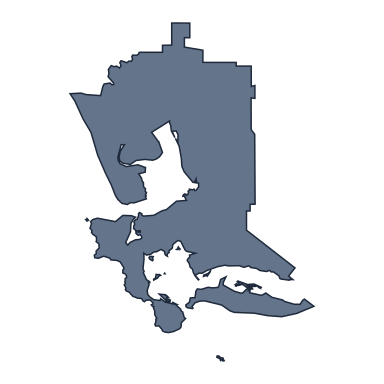 the district of Invercargill City, Southland, New Zealand
{"feature_id": "76426892B89444897674661", "entity_name": "Invercargill City", "entity_type": "district", "adm_level": 2, "iso_a3": "NZL", "parent_name": "New Zealand", "parent_adm1": "Southland", "projection": "mercator", "projection_center": [168.346, -46.488], "detail": "fine", "context": "isolated", "style": "filled", "palette": "slate", "viewbox_px": 384, "rotation_deg": 0, "n_neighbors": 0, "source": "geoboundaries", "source_scale": "gbopen_adm2", "svg_char_len": 6066}
<svg xmlns="http://www.w3.org/2000/svg" viewBox="0 0 384 384"><path d="M81.0,93.1L70.1,93.7L75.0,101.3L83.1,119.0L90.9,132.2L97.7,155.2L105.6,173.4L111.2,184.7L115.4,195.4L117.8,199.4L122.0,203.4L127.3,204.5L130.6,202.6L134.0,202.9L146.3,198.9L145.4,196.6L146.0,196.3L146.1,195.3L145.4,194.7L146.5,192.7L145.2,191.0L145.5,188.7L143.6,186.8L143.4,182.3L142.4,181.6L141.4,178.0L138.7,173.8L145.2,172.2L145.5,167.5L137.9,164.8L126.4,166.6L120.2,163.8L118.2,160.5L117.9,157.2L121.1,144.7L124.4,144.7L120.2,151.4L119.0,157.7L120.0,161.1L123.0,163.2L130.2,164.5L136.1,160.5L144.9,159.4L152.7,160.2L156.2,159.1L159.6,156.7L162.5,152.5L158.5,141.0L158.4,141.6L151.6,132.3L169.5,121.0L169.5,122.7L170.7,125.3L171.3,130.8L174.9,137.7L172.6,132.4L173.0,131.1L176.3,131.0L178.0,134.8L177.8,142.5L175.4,138.4L179.2,146.3L181.3,158.2L181.9,166.4L184.2,171.8L192.9,182.3L195.8,182.8L194.9,181.4L196.0,178.9L196.3,181.8L198.6,183.5L198.6,186.9L196.2,190.2L194.9,190.6L194.0,189.1L192.7,189.8L189.4,189.2L189.6,190.3L188.1,191.1L188.5,192.6L187.8,194.5L186.3,195.4L186.2,194.4L184.5,193.9L183.0,195.4L182.9,196.3L184.2,196.0L186.5,200.4L176.5,201.2L166.4,209.6L162.0,210.8L153.8,215.3L143.4,216.1L141.9,215.1L141.9,213.8L139.5,212.5L138.5,213.7L138.5,215.8L137.1,219.3L135.3,219.8L133.9,222.0L134.8,224.2L133.9,225.5L133.6,228.6L136.5,231.0L140.3,230.7L140.2,232.2L135.9,231.7L136.0,233.4L138.2,235.4L140.1,234.5L141.8,236.7L141.6,238.1L139.9,239.4L135.5,239.8L130.1,242.4L127.8,245.1L125.7,242.5L130.5,231.9L130.9,223.5L133.6,218.9L135.6,217.2L131.4,215.7L122.9,215.4L115.4,221.6L97.5,218.2L92.9,219.5L90.6,221.6L91.5,223.6L90.0,228.2L92.0,230.6L91.5,232.5L92.7,234.2L96.3,236.7L96.6,240.4L96.1,241.6L98.9,243.8L99.1,248.1L96.1,251.1L96.3,253.6L94.3,255.2L94.7,257.7L98.4,258.3L103.7,256.2L109.7,258.1L110.8,259.9L116.7,260.4L120.1,261.8L123.8,267.6L123.8,269.0L122.9,269.8L122.8,273.0L124.9,273.7L126.6,275.8L126.6,277.3L125.0,278.9L125.4,280.2L124.8,281.4L125.4,283.4L124.2,284.8L126.1,288.2L125.3,289.5L126.3,291.0L129.1,292.1L132.8,296.3L137.8,298.2L141.5,298.5L143.3,301.2L144.5,301.7L146.1,300.1L150.4,300.1L153.0,302.9L152.9,304.1L151.3,304.8L152.1,306.0L154.0,306.7L153.3,307.7L154.6,310.5L154.8,314.7L156.7,318.4L155.8,319.2L155.9,321.9L154.8,324.3L155.6,326.0L158.9,325.9L161.9,329.3L162.5,330.9L164.6,332.0L168.5,332.6L173.7,331.5L179.7,328.7L181.1,326.8L181.2,322.9L185.6,318.5L184.2,317.4L182.7,312.0L180.9,310.6L180.7,309.2L175.8,304.8L177.5,305.2L174.8,304.4L176.6,304.3L172.1,302.0L174.5,303.5L173.6,304.1L165.5,302.1L166.3,300.7L170.6,301.9L169.3,301.1L169.4,300.3L170.9,300.2L166.4,298.9L166.6,297.6L168.6,297.6L166.7,295.6L165.5,295.5L165.5,294.7L159.2,294.1L166.1,300.6L165.4,302.1L160.6,298.7L160.1,300.5L153.9,299.7L149.9,297.0L147.7,294.4L147.2,290.4L149.1,284.7L148.4,282.8L148.7,282.0L149.8,282.5L149.8,281.8L146.5,279.7L143.4,272.8L144.1,271.2L143.0,269.1L144.0,259.0L143.8,253.2L146.6,255.1L150.9,254.2L154.0,251.8L156.3,251.9L161.0,249.4L164.7,251.6L164.7,253.4L165.6,255.2L167.4,256.2L167.1,255.2L167.8,253.2L169.1,252.7L169.0,250.8L172.3,248.2L172.8,244.5L177.8,240.5L180.8,241.4L184.9,249.7L186.4,251.3L195.5,253.2L189.5,255.1L189.7,257.0L187.5,259.4L187.3,260.9L189.1,263.1L190.2,267.2L192.5,269.2L193.4,272.7L195.0,275.7L198.3,279.9L198.8,279.6L195.6,275.8L195.6,274.9L199.2,273.1L202.3,273.2L207.1,270.4L217.6,266.7L225.0,265.2L228.3,265.9L239.2,265.7L243.9,267.3L249.1,265.8L250.7,267.5L256.7,268.5L259.9,270.5L266.7,271.5L269.5,270.4L271.2,271.9L273.4,271.9L278.8,275.7L280.0,278.6L280.9,279.0L289.1,280.2L289.9,279.9L289.1,279.5L292.9,279.6L288.6,276.1L295.0,267.9L246.5,230.2L246.5,211.0L250.1,211.0L250.1,204.3L255.1,204.2L254.7,134.3L251.2,129.7L251.1,107.0L251.1,97.9L254.9,98.4L254.9,85.5L251.3,86.5L251.2,66.1L236.2,66.1L236.2,62.4L202.9,62.4L202.9,50.2L184.4,47.1L184.4,37.7L189.8,37.7L189.8,23.1L171.7,23.0L171.7,45.1L162.5,45.3L162.5,52.3L139.3,52.3L138.5,54.1L136.7,55.3L132.7,55.1L131.8,56.6L132.6,59.2L131.3,61.4L129.1,61.0L126.9,62.7L121.1,60.7L119.8,62.7L120.8,64.7L120.7,66.4L119.4,68.0L116.7,66.1L114.2,66.7L111.2,65.6L108.4,69.4L108.9,73.4L108.1,76.7L113.5,82.9L113.6,84.6L111.7,84.7L110.1,83.0L104.1,84.0L102.8,86.7L100.6,95.6L86.3,94.6L81.0,93.1ZM304.4,299.1L302.7,300.3L300.1,304.3L294.4,304.3L284.7,301.5L282.5,299.9L271.9,297.3L265.8,293.0L261.6,295.4L249.6,292.7L250.0,290.6L248.5,290.6L249.8,289.4L252.6,288.9L251.5,287.2L246.4,289.3L242.9,292.8L241.0,293.2L234.4,291.3L223.2,285.0L223.4,282.2L226.0,276.8L220.6,279.5L218.9,285.9L217.9,287.4L212.8,287.9L208.0,287.3L201.1,289.4L197.3,288.9L195.9,291.2L195.0,297.6L190.3,297.9L189.4,302.2L185.8,305.0L186.0,306.6L187.5,307.8L192.6,308.6L193.0,308.2L192.1,306.5L195.0,302.8L199.9,301.1L204.6,300.9L221.6,305.0L230.1,310.9L234.4,312.4L254.4,313.2L268.0,315.7L281.8,316.7L296.8,313.4L313.9,306.3L304.4,299.1ZM247.6,284.5L237.8,281.0L237.1,281.8L238.9,282.8L238.7,284.2L242.2,284.1L247.4,287.9L253.7,286.3L249.7,285.7L248.1,286.3L246.1,284.7L247.8,285.5L249.9,284.6L254.5,286.5L257.0,286.1L253.0,284.3L253.8,284.3L262.0,287.7L254.0,284.0L247.6,284.5ZM219.1,356.1L217.2,355.9L216.8,357.2L220.2,359.0L220.5,360.5L221.8,359.6L222.8,361.0L224.2,360.7L223.1,359.0L223.2,358.2L220.5,357.6L219.1,356.1ZM158.8,274.7L156.1,274.4L155.6,277.8L153.6,279.3L153.7,280.1L157.5,278.1L159.4,275.5L158.8,274.7ZM153.2,256.6L150.0,256.3L149.0,257.7L149.6,259.0L152.4,260.8L153.1,259.9L152.6,258.0L153.2,256.6ZM207.2,276.2L210.1,272.0L210.8,269.9L210.2,271.4L207.8,273.6L203.8,275.1L203.5,276.4L206.5,275.4L207.2,276.2ZM239.7,284.5L236.3,283.8L235.2,284.7L238.2,285.5L242.1,284.4L238.5,285.3L237.7,284.9L239.7,284.5ZM88.5,220.3L87.0,218.5L86.5,219.6L85.8,219.6L87.0,221.1L88.5,220.3ZM179.0,248.0L178.3,246.9L177.9,247.8L178.4,248.2L176.7,249.4L178.0,249.6L179.0,248.0ZM260.4,288.3L260.2,287.5L258.2,286.9L258.4,287.4L260.4,288.3ZM160.6,275.3L159.7,274.7L159.5,275.8L160.6,275.3ZM237.2,285.3L235.8,285.8L235.7,286.0L236.3,286.2L237.2,285.3ZM180.6,248.6L179.8,249.1L179.9,249.4L180.6,248.6ZM165.0,273.8L164.7,273.2L164.3,273.7L165.0,273.8Z" fill="#64748b" stroke="#1e293b" stroke-width="1.5"/></svg>